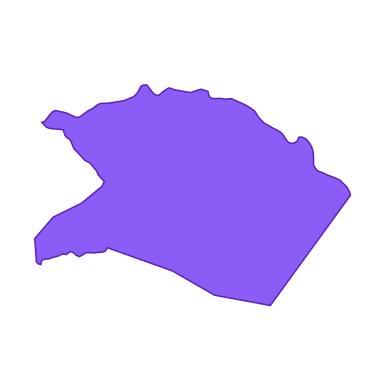 outline of Guadalupe, Piauí, Brazil, rotated 7°
{"feature_id": "56859067B67067053626409", "entity_name": "Guadalupe", "entity_type": "district", "adm_level": 2, "iso_a3": "BRA", "parent_name": "Brazil", "parent_adm1": "Piauí", "projection": "orthographic", "projection_center": [-43.76, -6.842], "detail": "fine", "context": "isolated", "style": "filled", "palette": "violet", "viewbox_px": 384, "rotation_deg": 7, "n_neighbors": 0, "source": "geoboundaries", "source_scale": "gbopen_adm2", "svg_char_len": 1741}
<svg xmlns="http://www.w3.org/2000/svg" viewBox="0 0 384 384"><g transform="rotate(7 192 192)"><path d="M34.4,141.1L38.8,144.9L41.4,146.0L44.3,146.2L52.9,146.0L56.6,146.0L57.7,148.6L59.3,151.6L61.3,153.3L63.6,154.3L65.5,156.1L69.6,163.5L72.5,165.8L74.8,167.7L79.0,171.1L81.1,173.2L84.0,174.5L87.7,176.0L91.2,179.5L92.8,181.0L94.8,182.7L96.8,186.4L101.5,190.6L103.6,192.0L102.0,197.3L83.7,216.6L57.2,233.9L41.6,257.4L46.1,280.4L48.1,282.0L50.9,282.4L50.9,279.2L52.8,276.9L58.3,275.8L61.8,273.8L65.4,272.6L68.0,271.3L70.6,269.3L74.7,269.4L78.8,265.8L82.6,267.1L84.5,268.8L88.2,270.0L90.1,268.5L92.1,266.9L94.8,265.0L103.6,264.2L106.1,263.3L110.4,262.6L112.9,261.5L114.8,257.6L118.3,258.4L182.0,272.7L224.9,290.8L227.0,291.7L283.6,295.1L349.6,176.0L348.4,172.7L345.4,168.4L337.2,162.1L332.8,160.7L323.9,158.5L318.8,156.7L315.6,156.2L313.2,155.0L310.7,152.4L309.2,149.8L308.7,144.7L308.0,140.4L307.1,136.6L305.4,132.9L302.9,129.4L298.9,125.6L294.1,124.0L291.3,124.7L290.5,128.3L287.9,130.7L285.4,131.7L281.9,131.1L279.8,129.4L276.2,125.0L274.1,123.0L271.6,121.3L269.6,120.4L265.0,118.9L260.2,116.8L255.4,115.0L250.9,111.4L248.1,108.7L245.5,105.3L244.0,103.9L240.2,101.7L233.9,98.9L228.7,97.3L219.7,94.5L216.1,95.3L213.2,95.8L209.2,95.6L204.4,96.3L201.2,96.7L198.5,95.9L197.0,94.0L195.6,90.2L188.8,88.9L186.6,89.6L178.9,93.3L174.7,93.4L161.9,92.6L158.2,91.6L156.1,91.6L151.1,95.8L147.2,100.2L143.2,99.8L141.1,98.4L134.2,91.3L130.8,91.7L128.3,93.4L127.6,95.4L126.5,98.9L124.4,102.3L122.3,104.5L113.7,109.5L109.2,110.9L98.0,114.1L90.5,115.2L86.9,117.5L83.1,121.3L79.3,123.8L75.5,127.3L71.7,131.1L68.0,132.1L58.1,129.0L54.9,128.5L46.8,127.8L44.9,128.5L43.2,130.0L36.8,140.3L34.4,141.1Z" fill="#8b5cf6" stroke="#5b21b6" stroke-width="1.5"/></g></svg>